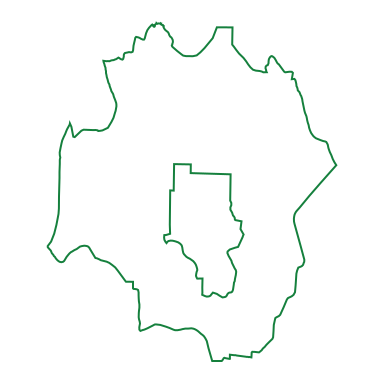 the district of Tboung Khmum, Kâmpóng Cham, Cambodia
{"feature_id": "14789045B3565316338498", "entity_name": "Tboung Khmum", "entity_type": "district", "adm_level": 2, "iso_a3": "KHM", "parent_name": "Cambodia", "parent_adm1": "Kâmpóng Cham", "projection": "equal_earth", "projection_center": [105.645, 11.969], "detail": "fine", "context": "isolated", "style": "outline", "palette": "green", "viewbox_px": 384, "rotation_deg": 0, "n_neighbors": 0, "source": "geoboundaries", "source_scale": "gbopen_adm2", "svg_char_len": 5892}
<svg xmlns="http://www.w3.org/2000/svg" viewBox="0 0 384 384"><path d="M59.5,178.0L59.0,196.5L58.9,208.6L58.5,214.0L56.4,225.0L54.2,233.7L51.1,241.6L47.7,246.1L47.8,247.3L50.8,250.6L51.9,253.3L53.3,254.8L53.8,255.9L55.0,257.0L55.8,258.4L57.3,260.1L58.5,261.1L59.6,261.8L61.3,262.2L63.1,261.8L64.2,260.9L65.1,259.4L66.6,256.9L68.7,254.3L69.6,253.3L71.0,252.1L72.2,251.5L73.9,250.4L75.0,249.8L76.6,249.1L80.0,246.6L81.8,246.1L84.3,245.7L86.0,245.9L87.7,246.3L89.1,247.5L91.1,250.9L95.4,258.0L96.9,258.3L99.2,259.3L100.8,260.2L106.7,261.7L109.3,262.9L112.2,265.0L115.2,267.4L117.9,270.8L125.9,281.7L133.0,281.8L133.0,288.3L133.5,288.9L134.9,289.0L136.8,289.3L138.1,290.0L138.6,292.5L138.6,295.4L138.7,298.0L138.9,301.3L139.4,304.4L139.4,307.7L139.0,310.7L138.8,313.1L138.7,317.2L139.0,319.2L139.7,321.6L140.0,323.6L139.7,325.0L139.3,327.2L139.4,329.7L140.4,330.9L143.1,329.9L143.5,329.9L145.1,329.3L147.6,328.2L152.9,325.5L154.7,324.5L155.9,324.4L160.2,324.9L166.0,326.7L169.6,328.0L173.5,329.7L175.1,330.2L177.5,330.2L180.4,329.7L182.6,329.1L185.3,328.6L188.1,328.6L191.4,328.3L193.5,328.7L194.8,329.2L196.5,330.1L198.2,331.3L201.2,334.0L202.5,334.9L204.0,336.3L205.4,338.4L206.8,341.1L208.5,348.2L212.2,361.0L221.7,361.0L222.9,359.6L223.6,358.3L224.3,357.8L225.7,358.2L229.5,358.9L229.9,358.8L229.9,354.7L234.1,355.2L235.6,355.2L236.6,355.5L244.2,356.5L245.7,356.7L246.8,356.9L248.0,356.9L248.5,357.1L249.4,357.0L251.4,357.4L251.5,356.2L251.6,354.1L251.7,352.5L252.3,351.8L254.7,351.9L259.0,352.4L259.9,351.7L261.7,350.2L262.8,348.6L264.9,346.7L265.9,345.4L267.0,344.2L269.6,341.6L272.4,338.9L273.1,337.3L273.5,331.4L273.8,324.9L275.3,318.1L276.4,317.3L278.8,316.1L280.2,314.8L283.7,307.1L286.8,299.7L287.8,298.2L288.9,297.6L290.3,297.0L291.7,296.3L293.5,294.9L295.0,292.2L295.6,285.5L296.4,273.6L297.1,270.7L298.3,267.6L301.1,266.5L302.1,265.9L303.1,264.8L303.7,262.9L304.2,261.9L304.3,260.6L304.3,259.6L300.9,247.0L294.5,223.8L294.0,221.5L293.9,218.6L294.2,216.3L294.6,214.5L295.5,212.6L296.2,211.5L297.4,210.1L299.8,207.4L309.3,195.9L320.7,182.8L336.3,165.2L334.5,162.4L332.8,159.1L332.2,157.5L331.3,155.1L329.8,152.0L328.8,149.2L328.4,147.9L327.7,144.5L326.3,142.0L325.3,141.5L323.0,141.0L320.5,140.1L316.0,138.3L314.3,137.0L313.2,135.9L311.2,133.1L310.0,130.4L309.1,127.7L308.6,125.0L307.8,122.7L307.2,120.3L306.8,118.0L306.4,116.2L305.0,112.8L304.4,110.6L302.5,101.3L302.2,99.1L301.2,96.0L300.6,95.1L299.5,92.2L297.8,90.4L297.6,89.0L297.2,87.5L296.5,86.1L296.3,84.0L295.9,82.1L295.4,80.2L294.4,78.9L291.8,79.2L292.9,72.9L291.8,71.8L289.8,71.7L288.1,71.9L286.1,72.2L285.2,72.3L284.2,71.7L278.8,64.3L277.8,63.6L277.1,62.7L275.5,59.7L274.3,57.8L272.4,56.3L271.3,56.1L269.9,57.3L268.9,59.2L268.6,61.0L268.5,63.3L267.7,65.2L266.6,65.5L265.7,66.6L265.5,68.2L266.0,69.7L266.3,71.4L266.7,72.2L263.3,72.3L262.1,71.7L261.7,71.5L259.6,71.0L255.8,70.6L253.0,69.7L250.4,67.3L248.1,64.3L246.2,61.4L243.5,57.9L239.1,53.6L236.2,49.9L233.9,46.7L232.2,44.6L232.5,27.4L216.9,27.3L212.7,38.2L204.5,48.1L200.4,52.3L196.7,55.4L192.9,56.2L185.9,56.1L183.2,55.6L181.4,54.3L177.2,51.0L172.5,46.9L172.0,46.1L171.8,45.3L172.3,44.7L172.3,43.9L172.8,42.6L172.9,41.3L172.7,39.9L172.0,38.5L171.4,37.5L170.1,36.5L169.3,35.1L168.7,33.4L168.0,32.2L165.4,30.1L164.5,29.0L163.6,27.4L163.5,26.8L163.8,26.1L162.9,25.6L162.8,25.0L162.1,25.0L161.6,24.8L161.2,24.4L161.2,23.8L160.7,24.0L160.4,23.4L160.1,23.7L159.3,23.5L158.7,23.4L157.3,23.8L156.4,23.0L156.2,23.6L155.9,24.1L155.3,24.4L155.1,25.0L153.6,25.1L154.2,25.8L154.6,26.5L154.1,26.8L153.4,26.3L152.2,24.6L151.5,25.1L149.0,27.8L147.4,30.1L146.1,33.2L145.4,35.9L144.7,38.5L144.0,39.6L142.9,39.6L140.8,38.7L139.6,37.9L138.3,37.4L136.1,36.9L135.3,37.8L134.8,40.2L134.1,43.1L133.5,45.8L133.1,50.3L132.6,51.8L131.4,52.3L130.3,52.3L129.0,52.1L127.4,52.5L125.9,52.8L124.8,53.1L124.2,53.9L123.8,55.0L123.8,56.6L123.2,58.9L122.5,59.6L121.2,59.3L120.1,58.7L119.4,58.1L118.4,57.6L117.6,58.2L115.8,59.3L114.9,59.5L113.7,60.1L112.6,60.2L111.9,60.3L111.1,60.5L109.5,61.2L107.5,61.1L106.7,61.2L106.2,61.2L103.4,60.8L103.6,62.0L104.4,64.2L104.7,65.6L105.5,67.8L105.6,69.5L106.0,71.1L106.0,73.0L106.5,75.2L106.8,77.1L107.5,79.2L108.4,82.7L109.4,84.5L109.7,86.2L110.9,89.4L111.4,91.2L112.9,93.6L113.3,94.6L113.8,96.6L115.2,100.1L116.2,103.0L116.4,104.7L116.4,106.5L115.6,110.9L115.0,112.7L113.5,117.8L111.5,121.8L107.9,127.8L102.5,130.4L100.2,130.8L98.2,131.0L97.9,130.5L97.5,130.3L95.5,130.0L93.4,130.1L83.6,129.7L81.4,130.7L74.7,137.1L73.3,136.7L71.4,126.8L69.9,123.4L69.7,124.5L67.0,129.4L66.0,131.8L65.3,133.7L63.7,137.0L62.2,140.5L61.5,143.4L60.5,148.1L59.7,152.4L59.8,155.1L60.3,157.6L59.9,159.2L59.8,160.0L59.8,161.4L59.8,163.9L59.5,172.0L59.5,178.0ZM230.6,174.3L230.2,200.6L231.3,202.9L231.3,205.2L230.4,207.3L230.4,209.7L232.1,212.6L233.0,215.5L234.0,216.5L234.7,217.8L234.9,219.6L235.4,220.1L241.5,221.3L240.5,229.1L243.6,234.5L242.9,236.1L242.7,236.9L238.1,246.9L235.1,247.7L229.8,249.5L227.6,251.5L227.4,253.0L228.6,255.9L231.4,260.7L232.0,262.9L234.7,268.4L235.8,270.1L236.2,271.8L235.8,275.1L235.1,278.3L234.9,279.5L234.7,281.2L234.0,282.6L233.8,284.5L233.0,289.8L232.2,291.7L231.1,292.4L229.4,292.6L228.5,293.0L227.4,294.2L226.7,295.7L225.6,296.8L224.0,297.2L222.5,297.4L219.4,295.6L216.9,293.9L212.9,292.6L211.2,294.6L210.4,295.7L208.9,296.4L206.8,296.6L205.1,296.1L202.2,294.8L202.4,292.8L202.3,287.6L202.5,278.5L197.2,278.6L196.6,277.5L196.0,275.9L196.2,274.0L196.6,272.0L197.3,270.1L197.1,268.6L196.5,266.5L195.8,264.6L194.8,263.0L193.3,261.2L191.5,259.9L189.8,258.7L188.1,257.9L186.4,256.8L184.0,254.2L183.3,253.0L182.7,250.4L182.3,247.6L181.7,245.4L180.3,243.8L178.3,242.4L175.8,241.5L174.0,241.0L172.5,240.7L170.7,240.6L168.6,241.0L167.5,241.7L166.5,243.1L165.5,241.9L164.4,239.8L164.1,237.6L164.3,235.1L166.0,235.0L170.1,233.8L169.8,224.7L170.2,190.4L173.7,190.6L174.1,164.1L190.8,164.4L190.7,173.1L230.6,174.3Z" fill="none" stroke="#15803d" stroke-width="2"/></svg>